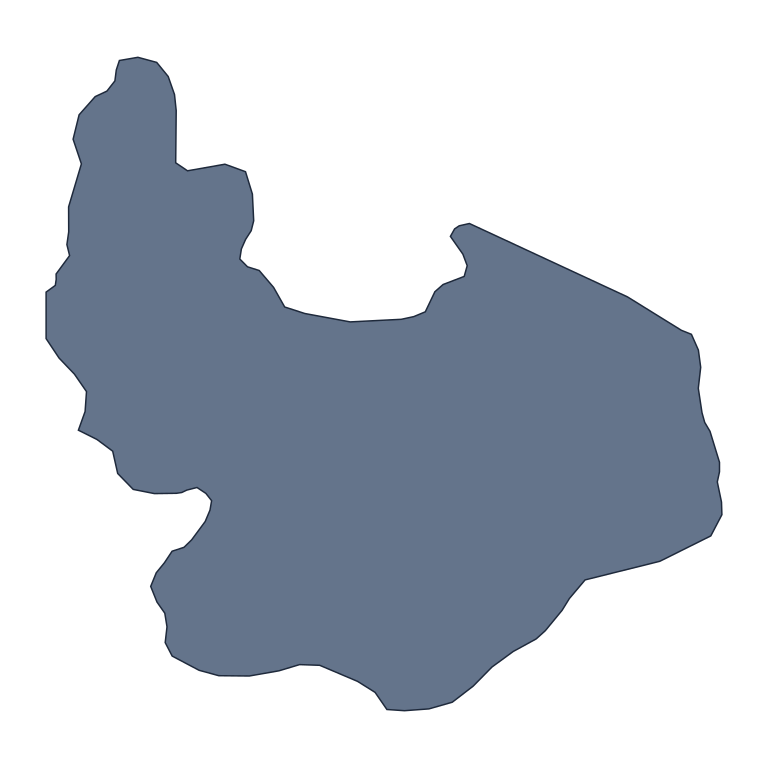 outline of Plateau
{"feature_id": "NGA-2866", "entity_name": "Plateau", "entity_type": "State", "adm_level": 1, "iso_a3": "NGA", "parent_name": "Nigeria", "parent_adm1": "", "projection": "orthographic", "projection_center": [9.38, 9.346], "detail": "fine", "context": "isolated", "style": "filled", "palette": "slate", "viewbox_px": 768, "rotation_deg": 0, "n_neighbors": 0, "source": "natural_earth", "source_scale": "10m", "svg_char_len": 1496}
<svg xmlns="http://www.w3.org/2000/svg" viewBox="0 0 768 768"><path d="M691.4,334.3L698.4,350.1L700.7,367.3L698.3,388.3L702.0,412.7L704.7,422.4L710.0,431.3L719.5,462.3L719.5,471.8L717.3,481.9L721.5,502.1L721.9,514.7L710.8,535.9L659.8,561.3L585.1,579.9L569.4,598.5L562.1,610.3L545.3,630.7L536.2,638.9L513.2,651.5L492.0,667.0L473.2,686.1L452.3,702.2L428.9,708.9L404.5,710.7L386.9,709.5L375.1,692.4L357.6,681.4L319.7,665.3L299.6,664.6L279.0,670.8L249.3,676.0L218.8,675.7L199.1,670.3L172.2,656.1L165.2,642.6L167.0,626.8L164.8,613.2L157.0,602.1L150.7,586.4L156.3,572.7L164.4,562.8L172.1,551.2L184.0,547.3L191.6,539.9L205.2,521.5L210.0,510.1L211.6,500.7L205.9,493.4L197.0,487.5L186.8,490.1L181.8,492.5L176.4,493.3L154.4,493.6L133.2,489.4L117.7,473.5L112.7,451.2L97.0,439.5L78.4,430.2L85.1,411.5L86.5,391.6L74.4,374.1L59.1,358.1L46.1,338.6L46.1,292.1L55.3,285.4L56.2,279.4L56.1,274.0L69.6,255.6L66.9,244.6L68.7,231.9L68.6,206.9L81.4,163.9L73.1,139.2L79.1,114.8L95.2,96.6L106.9,91.1L114.9,80.9L116.3,69.9L119.4,60.5L137.9,57.3L156.7,62.4L168.2,76.5L174.5,94.5L176.2,110.6L175.7,162.8L187.5,170.8L224.9,164.2L245.5,171.7L252.4,194.1L253.7,220.8L251.2,230.7L245.6,239.4L241.4,248.9L239.8,259.0L247.5,266.8L259.2,270.5L273.6,287.4L284.7,307.0L304.8,313.5L350.2,321.9L401.3,319.3L413.8,316.6L425.3,311.8L434.9,291.7L443.1,284.5L464.2,276.4L467.2,265.7L462.9,254.2L450.4,236.4L454.6,228.9L459.2,225.8L469.4,223.5L627.5,296.9L681.4,330.3L691.4,334.3Z" fill="#64748b" stroke="#1e293b" stroke-width="1.5"/></svg>